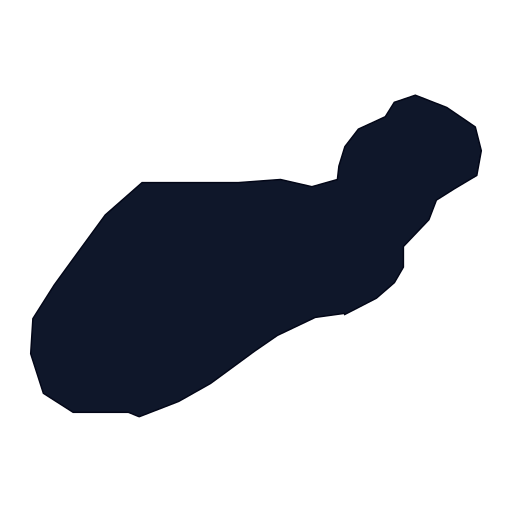 outline of Kungälv, Västra Götaland, Sweden
{"feature_id": "70781695B99737060400485", "entity_name": "Kungälv", "entity_type": "district", "adm_level": 2, "iso_a3": "SWE", "parent_name": "Sweden", "parent_adm1": "Västra Götaland", "projection": "robinson", "projection_center": [11.966, 57.915], "detail": "fine", "context": "isolated", "style": "filled", "palette": "ink", "viewbox_px": 512, "rotation_deg": 0, "n_neighbors": 0, "source": "geoboundaries", "source_scale": "gbopen_adm2", "svg_char_len": 653}
<svg xmlns="http://www.w3.org/2000/svg" viewBox="0 0 512 512"><path d="M344.7,314.5L376.5,298.1L394.4,282.6L403.4,267.1L403.4,246.5L428.9,219.7L436.4,200.1L454.3,188.8L476.8,175.4L481.3,150.7L475.3,127.0L460.3,116.7L459.8,116.4L446.8,107.5L415.3,95.2L397.7,101.2L394.3,102.3L385.3,116.7L358.4,129.1L344.9,146.6L338.9,166.1L337.4,179.5L311.9,186.7L280.5,179.5L238.5,182.6L193.5,182.6L142.1,182.6L105.3,214.9L77.6,252.8L54.2,285.0L32.9,318.6L30.7,353.7L43.4,393.3L73.1,412.3L128.4,412.3L139.1,416.7L139.0,416.8L178.7,401.4L210.6,383.4L254.2,351.4L277.4,335.4L315.2,317.4L344.2,313.4L344.7,314.5Z" fill="#0f172a" stroke="#020617" stroke-width="1.5"/></svg>